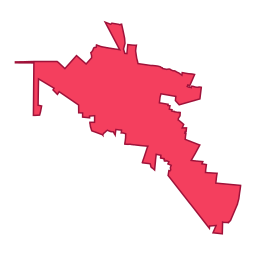 the district of Maxcanú, Yucatán, Mexico
{"feature_id": "50627088B53037445853541", "entity_name": "Maxcanú", "entity_type": "district", "adm_level": 2, "iso_a3": "MEX", "parent_name": "Mexico", "parent_adm1": "Yucatán", "projection": "albers", "projection_center": [-90.068, 20.597], "detail": "fine", "context": "isolated", "style": "filled", "palette": "rose", "viewbox_px": 256, "rotation_deg": 0, "n_neighbors": 0, "source": "geoboundaries", "source_scale": "gbopen_adm2", "svg_char_len": 5019}
<svg xmlns="http://www.w3.org/2000/svg" viewBox="0 0 256 256"><path d="M15.4,62.8L33.9,62.9L33.4,115.4L34.9,115.4L39.6,115.1L40.5,111.8L41.6,106.0L38.1,105.2L38.5,78.9L39.9,79.7L41.9,80.9L54.1,88.2L53.0,89.9L57.4,94.4L59.2,91.7L78.6,105.0L78.7,112.8L79.8,112.8L82.6,113.0L82.6,115.1L82.6,117.1L89.6,117.8L89.6,117.4L89.5,116.8L89.5,116.1L91.4,115.9L92.6,115.8L94.6,115.7L94.6,116.3L94.6,116.8L94.6,118.3L94.6,119.8L94.6,120.9L94.5,122.3L93.7,122.3L92.5,122.3L91.0,122.3L89.9,122.3L89.9,123.3L90.1,124.1L90.3,125.6L90.5,126.9L90.8,127.8L91.0,128.4L91.2,129.1L91.4,129.7L91.8,130.8L93.1,131.3L94.8,131.9L102.1,134.6L102.3,134.7L102.5,134.9L102.8,135.2L102.7,134.6L103.4,133.9L103.6,133.7L103.7,133.4L103.9,133.2L104.3,132.7L104.6,132.6L105.5,131.8L106.0,131.2L106.4,131.0L106.7,130.7L107.4,130.2L108.2,130.6L108.7,130.8L109.1,131.0L109.4,131.1L110.2,131.4L110.7,131.6L110.8,131.6L111.2,131.7L111.9,131.7L112.6,131.8L113.0,131.8L113.4,131.8L113.7,132.5L113.9,132.8L114.5,134.0L115.1,134.7L115.2,134.9L115.3,134.1L115.4,133.0L115.6,131.4L115.9,129.5L117.7,129.7L119.0,129.9L120.2,130.0L121.5,130.1L121.3,132.5L121.2,132.9L121.6,132.9L123.3,133.0L123.6,133.1L124.8,133.5L125.7,133.8L125.7,135.2L125.6,136.2L125.6,138.2L125.4,139.0L125.4,139.8L125.1,141.6L125.1,142.2L125.0,142.3L124.9,142.9L124.8,143.7L124.8,144.1L125.6,144.2L125.8,144.2L126.0,144.2L127.0,144.3L127.7,144.3L128.3,144.3L128.5,144.3L128.8,144.3L129.0,144.3L129.3,144.3L129.6,144.2L130.0,144.2L130.5,144.3L130.8,144.4L131.0,144.4L131.4,144.5L132.1,144.6L132.4,144.6L133.0,144.7L133.9,144.8L134.3,144.8L134.7,144.8L134.8,144.8L135.1,144.9L141.2,145.6L147.9,146.2L147.4,147.4L147.2,147.8L143.7,158.5L143.3,159.5L142.3,162.7L142.4,162.8L149.1,163.6L150.2,163.8L150.6,165.2L150.8,166.3L151.3,167.4L151.9,167.8L152.5,168.1L153.7,169.2L154.6,170.0L155.5,160.7L155.6,159.3L155.7,158.5L156.2,154.3L160.9,155.3L160.6,157.1L160.8,157.1L160.7,158.1L164.1,158.6L164.0,159.8L164.6,160.0L164.5,160.7L164.5,161.0L166.2,161.1L166.7,160.7L168.9,161.8L167.9,163.9L171.2,165.3L170.4,167.5L170.4,167.8L170.7,169.9L170.1,170.5L170.0,170.8L169.3,170.7L168.9,170.6L168.5,173.0L168.1,175.5L168.3,175.7L182.8,194.3L189.6,203.0L191.0,204.7L198.7,214.6L206.7,224.9L209.4,228.3L209.6,226.0L216.1,225.5L213.0,232.8L222.3,233.8L222.6,222.1L223.8,222.4L227.0,222.5L228.2,222.5L228.3,222.7L228.7,222.4L228.8,222.0L229.0,222.0L230.5,220.5L237.5,204.0L237.5,203.7L238.0,201.8L238.8,198.8L239.2,195.8L239.6,192.7L240.1,189.6L240.6,185.8L240.6,185.4L215.8,183.1L216.0,181.2L216.3,179.1L216.3,178.6L216.5,177.1L216.7,175.6L216.9,174.5L217.1,173.3L215.5,173.2L213.8,173.1L212.3,173.0L210.8,172.9L209.3,172.8L208.2,172.8L206.8,172.6L206.0,172.5L205.5,172.5L205.7,169.7L206.4,164.6L201.9,163.8L202.8,161.6L199.1,161.3L198.0,161.2L197.2,161.1L196.3,161.1L195.4,160.9L194.1,160.8L191.2,160.4L194.2,155.2L194.8,154.2L195.2,153.5L199.8,145.0L198.6,144.6L185.2,139.4L185.5,136.2L185.7,134.9L185.9,133.5L185.5,133.4L185.3,133.4L185.3,133.2L184.8,133.1L184.9,132.9L185.0,132.3L185.3,132.4L185.3,131.9L185.5,131.9L185.5,131.5L186.1,131.6L186.2,130.8L186.5,127.9L182.2,127.9L183.7,124.4L182.5,123.4L182.2,123.1L178.7,120.2L178.2,120.0L178.4,118.3L180.0,115.8L180.2,112.5L178.9,112.3L178.8,112.6L174.2,111.7L174.2,111.4L172.8,111.3L171.7,111.0L172.0,109.7L169.3,109.2L169.4,108.6L170.0,105.8L167.9,105.5L168.1,104.3L162.4,103.3L159.4,102.8L160.0,97.5L160.1,96.9L161.0,93.8L175.8,96.4L175.4,100.6L179.2,104.8L199.9,98.9L201.3,87.3L199.7,87.0L199.4,87.1L198.5,87.1L198.4,87.2L198.2,87.3L195.9,87.2L193.0,86.3L191.6,86.2L191.2,87.6L190.8,87.4L188.8,87.2L187.2,86.5L187.9,84.9L189.7,85.7L192.5,79.4L194.6,74.5L192.2,74.0L188.4,73.7L185.4,73.2L182.2,72.6L181.9,75.2L178.7,72.9L177.9,72.6L176.1,71.7L175.7,71.3L174.4,70.8L173.3,70.8L172.6,70.6L171.4,70.1L169.8,69.1L168.1,69.1L166.8,69.4L162.6,68.5L162.3,67.8L161.4,67.6L160.4,66.8L157.8,66.1L155.6,65.8L152.8,65.5L151.0,65.5L138.0,63.6L137.6,61.7L136.7,58.3L135.6,51.0L135.9,48.0L136.4,45.2L135.4,45.3L132.3,45.1L127.8,44.6L126.9,53.6L124.8,53.4L123.5,49.1L125.0,43.3L124.6,38.2L123.2,31.4L121.6,24.2L120.7,24.5L120.5,24.4L120.0,24.8L118.5,24.3L111.8,23.2L110.7,24.3L105.2,22.2L119.7,49.7L119.3,49.6L118.3,49.5L117.8,49.4L117.4,49.3L116.3,49.2L114.8,49.0L113.3,48.7L112.3,48.6L111.5,48.5L111.3,48.4L110.7,48.3L110.4,48.3L109.7,48.2L109.1,48.1L108.0,47.9L107.8,47.8L106.7,47.7L105.3,47.4L104.7,47.3L104.1,47.2L102.0,46.8L101.7,46.8L101.3,46.6L100.8,46.5L100.1,46.3L99.2,45.9L98.2,45.6L96.8,45.0L96.5,44.9L96.4,45.0L96.4,45.6L96.4,46.0L96.3,46.6L96.3,47.1L96.2,47.2L96.1,47.3L95.6,47.4L95.2,47.4L94.8,47.4L94.5,47.5L94.2,47.6L93.9,47.8L93.7,48.1L93.5,48.4L93.4,48.7L93.2,49.3L93.0,49.8L92.7,50.4L92.6,50.6L92.2,51.2L92.0,51.6L91.7,51.9L91.4,52.2L91.0,52.5L90.8,52.7L91.0,53.3L91.4,54.9L91.4,55.0L91.5,55.3L91.6,55.5L91.6,56.1L91.6,57.0L91.6,57.6L91.6,57.9L91.1,58.4L90.3,59.3L86.1,64.0L84.4,62.5L76.5,55.6L64.9,68.6L58.2,62.3L57.4,61.8L57.1,61.5L35.0,61.5L33.9,61.5L29.7,61.6L23.4,61.8L15.4,61.9L15.4,62.8Z" fill="#f43f5e" stroke="#9f1239" stroke-width="1.5"/></svg>